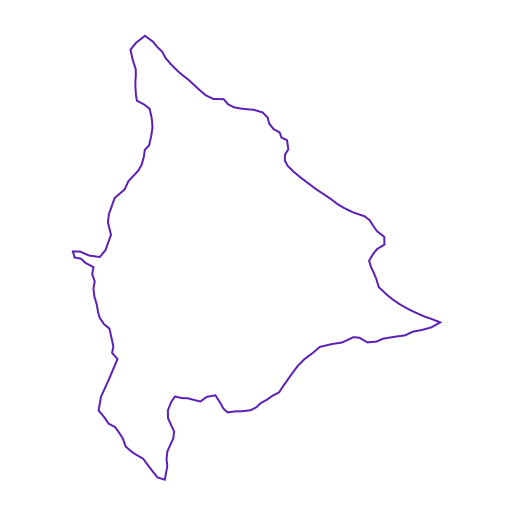 the district of Rio das Ostras, Rio de Janeiro, Brazil, rotated 269°
{"feature_id": "56859067B39929530851792", "entity_name": "Rio das Ostras", "entity_type": "district", "adm_level": 2, "iso_a3": "BRA", "parent_name": "Brazil", "parent_adm1": "Rio de Janeiro", "projection": "mercator", "projection_center": [-41.947, -22.471], "detail": "fine", "context": "isolated", "style": "outline", "palette": "violet", "viewbox_px": 512, "rotation_deg": 269, "n_neighbors": 0, "source": "geoboundaries", "source_scale": "gbopen_adm2", "svg_char_len": 2276}
<svg xmlns="http://www.w3.org/2000/svg" viewBox="0 0 512 512"><g transform="rotate(269 256 256)"><path d="M186.4,439.0L190.2,429.9L192.7,423.0L195.6,416.7L198.4,410.9L201.6,404.9L205.3,398.8L209.6,392.7L214.4,386.8L218.6,382.4L222.7,378.2L230.9,375.9L237.7,373.2L242.9,370.8L249.3,369.0L256.1,373.2L260.9,377.3L265.2,384.6L272.9,384.6L278.6,377.5L283.9,373.8L289.7,370.4L293.9,365.1L297.9,353.8L302.5,344.8L306.8,337.9L311.4,332.2L317.3,323.7L321.9,317.0L325.3,312.7L329.6,307.2L334.2,301.3L339.6,295.1L345.6,289.2L350.9,286.5L357.0,286.8L362.1,290.2L371.3,289.0L374.0,283.5L379.1,281.8L382.6,275.7L388.4,271.4L394.2,270.1L399.5,265.0L402.2,256.3L403.5,244.3L405.1,236.6L408.0,230.9L413.4,226.4L413.7,216.2L417.5,208.7L422.8,202.6L427.9,197.3L433.7,191.2L437.7,186.2L441.6,181.7L445.7,177.6L449.7,173.8L455.7,168.9L461.9,165.8L466.7,160.9L472.1,156.7L478.1,148.8L471.2,139.7L464.5,134.1L455.3,135.9L444.8,139.0L439.1,139.0L431.9,138.4L426.6,138.4L418.8,138.8L413.4,139.6L409.5,146.7L405.1,152.2L396.9,153.9L391.7,154.5L385.8,154.7L378.7,153.5L368.4,151.0L364.1,146.7L356.7,145.5L348.9,143.1L343.3,139.7L333.0,129.7L324.8,125.8L316.5,115.7L307.7,112.4L300.5,109.7L292.3,108.5L279.7,111.4L271.2,108.1L264.6,105.7L257.7,99.8L259.4,89.1L263.5,80.1L263.7,73.0L257.7,74.6L256.3,81.1L252.3,85.0L247.7,93.3L240.7,91.9L233.3,94.3L226.4,92.9L218.2,93.7L210.4,95.9L202.7,97.1L197.1,98.6L190.4,102.9L186.0,108.2L175.6,110.3L168.0,111.8L161.7,110.4L155.4,115.7L136.3,107.3L118.1,98.6L104.3,95.9L97.5,101.4L91.0,105.7L87.3,112.2L82.4,115.6L76.2,119.5L67.7,122.4L62.4,128.3L59.3,132.9L55.3,139.6L48.2,144.6L42.4,149.0L36.5,153.5L33.9,160.9L47.3,163.6L54.8,163.0L62.2,164.0L68.4,166.9L75.0,170.1L81.9,171.1L86.8,168.9L95.3,165.2L103.2,165.2L111.5,168.7L117.0,172.6L115.2,179.1L115.0,185.0L113.2,191.4L111.5,197.9L116.1,204.4L117.4,213.0L109.8,217.7L104.1,220.7L100.1,224.8L101.0,232.3L101.0,239.3L101.9,248.0L104.9,254.0L108.6,257.7L111.9,264.0L115.8,269.8L119.2,276.6L125.0,280.6L130.9,284.9L135.2,288.0L145.6,296.0L152.0,302.6L158.0,310.9L164.0,318.2L166.7,330.8L168.0,340.5L170.5,346.1L173.1,351.9L172.5,358.0L167.7,365.8L168.3,375.0L171.1,381.5L172.2,388.9L173.3,397.0L174.0,403.5L177.6,411.5L179.1,420.4L181.6,430.1L186.4,439.0Z" fill="none" stroke="#5b21b6" stroke-width="2"/></g></svg>